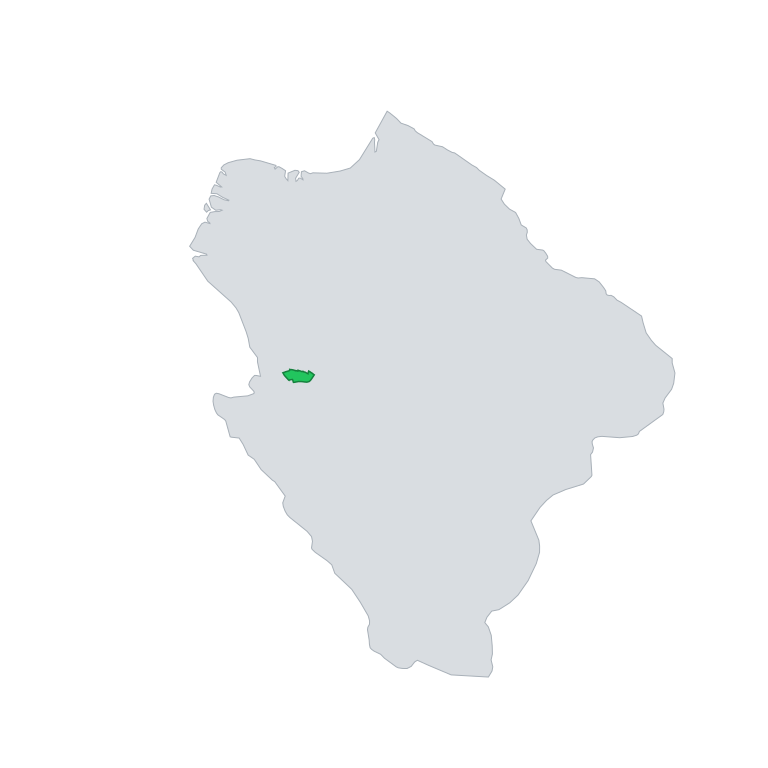 location of Ukum, Benue, Nigeria, rotated 122°
{"feature_id": "59680162B14415495238729", "entity_name": "Ukum", "entity_type": "district", "adm_level": 2, "iso_a3": "NGA", "parent_name": "Nigeria", "parent_adm1": "Benue", "projection": "equal_earth", "projection_center": [9.596, 7.583], "detail": "fine", "context": "in_parent", "style": "filled", "palette": "green", "viewbox_px": 768, "rotation_deg": 122, "n_neighbors": 0, "source": "geoboundaries", "source_scale": "gbopen_adm2", "svg_char_len": 5286}
<svg xmlns="http://www.w3.org/2000/svg" viewBox="0 0 768 768"><g transform="rotate(122 384 384)"><path d="M577.2,140.2L595.1,172.9L599.0,197.3L600.6,209.3L603.5,210.7L609.1,211.3L613.1,213.7L615.5,217.7L617.1,221.5L617.4,223.7L616.3,238.3L615.0,243.6L615.8,250.8L615.6,253.9L615.0,256.0L612.5,258.4L609.1,260.8L601.1,267.8L598.8,268.8L595.4,269.0L592.5,270.7L589.0,274.5L581.6,288.5L575.2,302.6L570.6,325.4L565.0,332.5L564.0,338.8L563.2,353.1L562.3,357.4L561.4,358.6L555.3,361.3L551.8,364.6L549.7,371.1L547.1,393.0L546.2,396.7L544.2,400.5L541.1,404.6L538.4,406.9L531.4,408.4L524.7,424.9L524.7,427.8L521.7,442.8L516.6,454.2L516.3,461.5L509.9,471.4L506.6,478.2L510.0,485.3L510.3,486.5L499.3,498.5L498.6,500.3L498.2,508.6L497.3,510.8L495.3,513.9L492.3,517.2L489.3,519.8L485.8,521.6L482.5,522.3L480.7,521.3L479.7,518.7L477.8,508.6L476.9,506.4L474.7,504.4L466.2,493.2L461.1,489.3L459.9,489.6L459.1,490.6L457.6,496.3L456.2,498.3L453.5,499.1L448.8,499.1L445.3,498.3L444.6,497.2L442.9,492.8L432.3,503.0L428.6,505.3L423.9,517.3L417.3,523.3L412.7,528.6L400.4,545.0L397.9,549.8L395.5,557.0L390.2,587.9L381.7,607.2L380.5,611.3L380.1,611.2L378.9,612.9L375.6,611.8L374.2,608.2L372.1,607.6L368.6,602.4L367.9,603.3L371.6,616.6L370.2,621.8L359.8,621.9L350.9,623.7L344.7,623.5L341.6,621.6L340.2,616.6L339.7,617.1L339.4,619.8L337.5,621.9L330.6,622.3L327.5,618.9L325.0,615.1L322.4,613.4L322.8,615.0L325.8,618.7L325.5,624.1L319.9,630.3L316.3,630.6L314.2,628.0L313.1,623.6L312.5,617.2L311.0,612.9L310.3,612.9L311.2,619.9L311.2,626.5L313.9,631.6L309.8,633.1L304.9,633.3L304.3,631.4L303.7,627.2L302.9,626.1L301.9,633.2L291.8,635.2L290.4,634.9L290.1,633.6L290.9,631.6L290.7,628.4L288.5,630.9L288.1,635.8L286.9,636.6L283.1,635.9L278.9,633.4L272.1,627.2L263.9,617.0L262.5,612.5L260.2,606.9L255.9,591.5L256.7,590.8L258.6,591.7L259.5,590.2L256.1,589.2L255.4,588.1L255.2,584.7L255.3,580.5L260.5,578.3L261.8,575.8L262.5,573.3L256.0,577.1L250.0,572.8L248.7,570.1L249.4,568.1L256.4,568.0L258.8,566.0L257.3,565.3L254.7,565.4L253.7,564.1L253.8,560.9L252.9,561.6L251.8,564.4L247.7,566.5L245.3,564.4L245.1,559.8L244.6,557.8L242.6,556.2L235.5,544.1L226.6,534.0L218.7,527.0L206.7,523.7L181.6,523.8L180.2,522.9L181.8,521.3L184.0,520.2L192.1,514.6L190.7,513.8L182.3,517.4L179.4,517.7L175.7,524.5L151.0,525.9L151.1,522.8L152.2,514.0L153.8,507.8L152.1,500.4L151.7,493.6L152.8,491.6L153.2,489.0L153.0,471.7L154.3,469.2L154.4,467.4L151.8,460.1L151.9,454.4L151.5,449.0L150.6,446.5L151.7,425.4L151.4,420.2L152.3,416.5L152.8,407.4L152.7,398.5L154.5,384.5L165.1,382.7L167.7,377.2L169.2,370.2L168.8,363.3L172.2,357.3L176.4,351.9L176.3,346.1L177.4,344.3L179.4,342.9L182.2,342.2L185.4,339.3L187.2,334.2L188.9,326.0L186.3,320.3L186.3,319.0L187.4,316.0L189.0,312.9L190.4,311.9L193.4,312.7L194.4,311.5L196.5,302.5L196.3,300.0L193.5,294.0L192.0,277.7L191.2,275.5L189.0,272.6L183.2,261.1L183.4,255.6L185.9,248.7L187.5,245.3L189.8,243.4L190.3,241.8L189.6,239.9L188.5,238.4L188.3,235.3L189.4,230.9L189.1,226.1L189.9,201.6L194.7,196.8L201.7,188.8L205.3,180.4L207.2,174.1L209.7,153.1L213.4,150.8L220.5,143.1L229.9,138.7L236.1,137.3L246.9,138.2L252.4,137.4L257.0,133.2L259.2,132.1L262.1,131.4L288.9,142.3L291.4,141.8L293.4,142.5L296.8,145.4L304.6,155.6L312.9,171.4L315.5,174.7L318.0,176.6L320.7,177.2L322.7,177.0L324.6,175.5L327.2,172.5L331.2,171.1L334.4,171.4L351.2,159.3L352.8,159.2L363.1,161.8L377.1,173.9L388.5,181.8L396.6,184.5L406.1,186.3L422.2,186.9L434.4,169.9L438.9,166.2L444.3,162.9L455.6,159.7L474.4,157.6L492.0,158.5L502.9,161.4L514.5,167.0L519.5,172.3L527.3,173.1L532.9,172.1L534.7,166.8L540.3,159.9L548.7,153.5L555.5,149.0L561.2,147.0L566.2,141.9L570.2,140.3L577.2,140.2ZM331.2,629.2L327.4,630.8L324.9,630.4L328.3,623.4L330.0,624.9L332.3,625.5L331.2,629.2Z" fill="#d9dde1" stroke="#a8b0b8" stroke-width="1"/><path d="M429.3,460.1L427.4,458.0L426.9,457.4L426.7,456.9L425.9,455.7L425.6,455.1L425.1,454.1L424.3,452.3L423.3,450.4L421.6,448.8L420.6,448.5L420.3,448.4L420.1,448.3L417.6,448.1L417.2,448.1L413.8,448.0L413.2,448.0L413.2,448.7L413.0,449.6L413.1,450.1L412.9,450.6L412.9,451.3L413.0,451.5L412.9,452.3L413.0,452.9L412.8,453.2L412.9,454.1L412.9,454.7L413.2,454.6L413.5,454.6L413.8,454.5L414.3,454.3L414.7,454.2L415.1,454.1L415.6,453.9L415.5,454.8L415.8,455.3L415.7,456.1L415.7,456.9L415.7,457.0L415.8,457.2L415.9,457.4L415.9,457.6L416.1,457.8L416.2,458.6L416.3,458.7L416.3,459.1L416.1,459.4L416.1,459.5L416.5,459.8L416.8,459.9L416.9,460.0L417.0,460.2L417.2,460.8L417.1,461.3L417.2,461.6L417.5,462.4L417.5,462.5L417.6,462.8L417.7,463.2L418.0,463.6L417.8,463.8L417.9,464.0L418.1,463.7L418.5,463.7L418.9,464.2L418.9,464.4L418.9,464.5L419.0,464.8L419.1,465.3L419.3,465.6L419.6,465.8L419.6,466.8L419.9,467.0L420.1,468.2L420.5,469.3L420.6,469.5L420.8,470.1L421.1,470.5L421.3,470.9L421.5,471.5L421.6,471.4L421.9,471.4L422.3,471.5L422.5,471.3L423.1,471.5L423.6,471.9L424.3,472.6L426.2,474.3L426.6,474.4L427.5,475.3L428.1,475.7L428.3,475.2L428.6,474.7L428.8,474.3L429.1,473.7L429.3,473.5L429.5,472.9L429.7,472.4L430.0,471.2L430.2,470.7L430.8,468.3L431.0,467.8L431.1,467.3L431.2,466.9L431.2,466.4L430.8,466.4L430.4,466.1L430.2,465.8L429.8,465.4L429.2,464.7L428.7,464.1L429.1,463.3L429.7,462.7L430.0,462.4L430.5,461.9L430.6,461.6L430.3,461.2L430.1,461.0L429.8,460.6L429.3,460.1Z" fill="#22c55e" stroke="#15803d" stroke-width="1.5"/></g></svg>